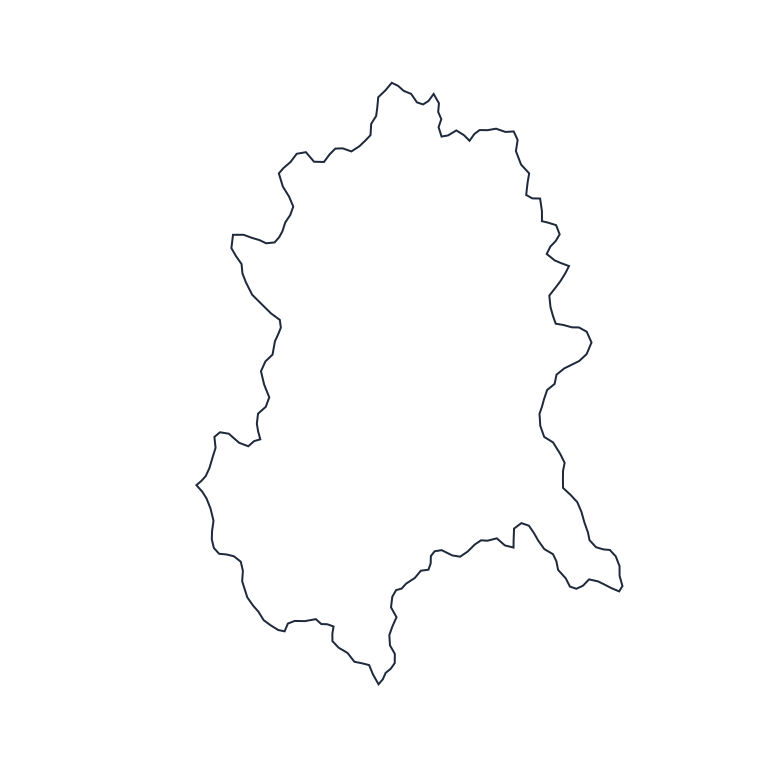 the district of Bonfim, Minas Gerais, Brazil, rotated 339°
{"feature_id": "56859067B54718274054000", "entity_name": "Bonfim", "entity_type": "district", "adm_level": 2, "iso_a3": "BRA", "parent_name": "Brazil", "parent_adm1": "Minas Gerais", "projection": "equal_earth", "projection_center": [-44.212, -20.32], "detail": "fine", "context": "isolated", "style": "outline", "palette": "slate", "viewbox_px": 768, "rotation_deg": 339, "n_neighbors": 0, "source": "geoboundaries", "source_scale": "gbopen_adm2", "svg_char_len": 3010}
<svg xmlns="http://www.w3.org/2000/svg" viewBox="0 0 768 768"><g transform="rotate(339 384 384)"><path d="M585.4,351.3L592.6,345.9L599.0,340.2L592.4,334.4L587.6,329.7L582.5,320.9L588.6,315.3L595.6,312.0L601.6,307.3L601.6,297.4L595.2,292.3L589.8,288.6L593.4,279.2L596.2,266.8L588.9,263.8L584.5,258.4L590.2,247.5L595.0,239.4L590.6,228.3L590.6,213.9L596.2,204.1L595.6,194.7L587.7,192.2L580.1,185.8L571.5,184.1L564.3,181.2L557.9,183.0L551.0,187.6L547.8,180.3L542.4,173.2L532.9,174.9L526.4,173.6L527.0,163.8L532.4,157.3L532.1,149.4L535.9,141.6L534.3,131.0L527.0,135.7L520.7,137.0L515.7,132.9L513.3,122.9L507.3,117.2L504.0,110.7L499.2,105.6L490.5,110.4L481.4,114.2L476.6,123.9L472.7,131.0L465.3,136.5L460.6,146.8L454.6,149.7L446.3,153.2L436.9,155.2L429.9,149.2L422.9,146.8L415.4,150.2L407.5,155.2L398.3,151.4L394.2,139.6L385.0,137.8L376.2,143.3L367.7,146.3L361.3,149.7L360.3,163.3L362.5,174.9L362.9,185.8L357.1,192.6L349.8,197.7L343.9,205.0L338.9,209.3L332.6,212.6L324.4,210.4L319.3,205.0L313.0,200.2L306.4,194.4L296.5,190.6L290.2,202.5L291.7,211.8L294.0,221.0L291.5,229.9L291.5,239.7L292.9,253.4L298.0,264.8L303.8,277.6L309.7,286.8L307.9,294.4L302.8,299.9L297.5,305.0L290.5,316.6L281.4,320.4L273.7,328.0L271.9,341.6L272.1,355.3L265.5,362.9L255.8,366.5L251.0,375.6L249.5,383.2L248.7,391.3L242.2,390.8L235.0,393.5L227.7,387.0L221.3,374.8L213.6,370.3L206.7,372.6L203.9,383.2L197.5,391.3L191.0,399.8L184.7,406.0L178.9,409.0L172.6,411.2L175.7,419.3L177.3,427.2L177.4,438.3L175.8,450.7L170.8,459.6L167.6,467.2L166.4,476.1L169.2,483.4L175.9,486.7L182.1,491.0L186.6,498.6L185.3,507.9L180.9,517.3L179.9,534.2L182.4,544.1L185.2,551.7L187.0,561.3L191.6,568.5L197.1,575.8L202.6,579.3L208.4,573.2L215.7,573.2L225.1,577.0L236.1,579.1L239.4,585.6L245.0,588.0L250.0,592.3L246.3,598.6L243.7,605.6L247.2,614.0L253.6,622.1L256.8,632.7L263.3,636.8L269.4,641.1L269.6,651.2L271.3,662.4L277.0,659.3L282.0,654.3L288.3,652.2L294.0,648.4L297.4,639.8L295.9,630.2L299.0,620.3L304.8,613.5L312.1,606.2L310.5,595.0L315.5,585.6L321.4,580.8L327.2,581.3L333.1,578.3L343.3,576.1L351.5,571.5L358.9,573.3L363.3,568.2L366.1,561.4L371.4,558.3L378.3,559.8L386.3,568.5L393.2,572.5L402.1,570.4L411.2,566.4L418.5,564.7L424.5,567.4L434.0,568.5L439.0,578.0L446.3,583.1L449.1,576.1L453.6,565.6L462.4,563.1L468.5,568.2L470.4,576.1L471.9,585.6L474.5,595.6L480.8,603.4L481.4,611.3L479.9,619.9L484.0,630.5L485.0,639.8L490.2,644.1L497.5,643.6L505.4,639.9L513.0,644.9L518.1,650.4L523.1,656.0L529.2,661.9L534.2,658.1L535.2,647.5L538.6,638.5L538.6,628.0L535.4,619.9L529.5,617.0L523.4,612.3L519.9,603.4L521.2,595.8L521.5,584.7L522.5,574.2L522.1,563.6L518.5,554.5L513.9,545.2L516.5,538.1L519.9,529.5L524.4,522.3L523.5,512.7L520.9,499.1L514.6,490.8L514.9,479.1L518.5,467.5L523.5,461.6L527.9,455.6L534.2,448.0L543.3,445.1L548.4,437.1L557.9,434.0L565.9,433.3L574.4,432.5L583.9,428.7L592.6,419.6L592.0,407.9L586.3,401.1L579.7,398.4L572.8,393.3L565.9,389.2L566.1,381.4L567.0,371.8L570.0,360.7L577.2,356.4L585.4,351.3Z" fill="none" stroke="#1e293b" stroke-width="2"/></g></svg>